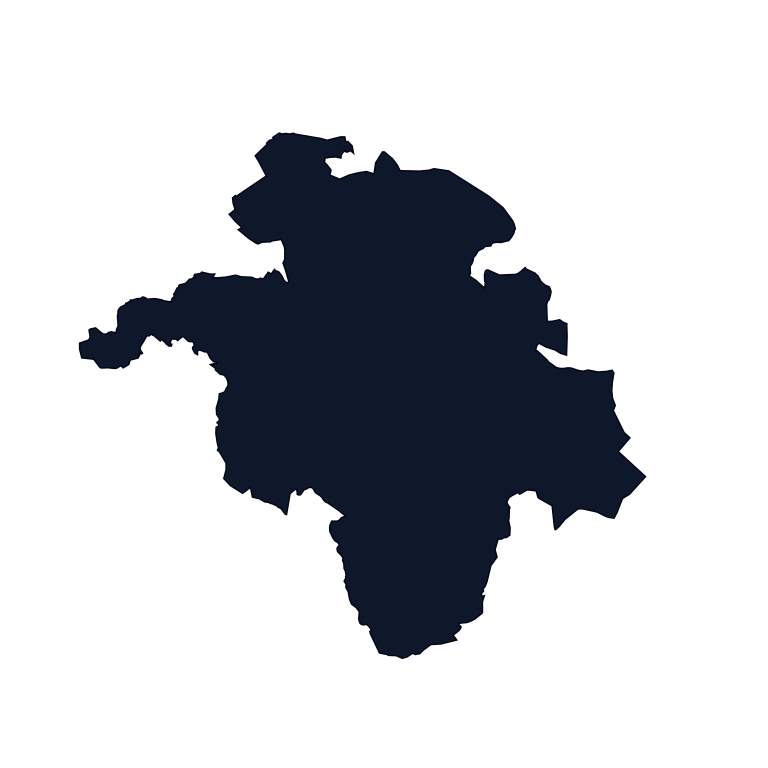 Beclean, Bistrita-Nasaud, Romania (Robinson projection), rotated 39°
{"feature_id": "2599482B65720135883018", "entity_name": "Beclean", "entity_type": "district", "adm_level": 2, "iso_a3": "ROU", "parent_name": "Romania", "parent_adm1": "Bistrita-Nasaud", "projection": "robinson", "projection_center": [24.16, 47.164], "detail": "fine", "context": "isolated", "style": "filled", "palette": "ink", "viewbox_px": 768, "rotation_deg": 39, "n_neighbors": 0, "source": "geoboundaries", "source_scale": "gbopen_adm2", "svg_char_len": 6170}
<svg xmlns="http://www.w3.org/2000/svg" viewBox="0 0 768 768"><g transform="rotate(39 384 384)"><path d="M549.8,595.9L556.5,592.3L558.2,592.1L564.3,587.5L570.9,585.6L573.7,581.5L575.7,575.1L578.4,574.6L581.5,571.1L582.0,566.1L584.3,557.1L591.8,550.2L601.6,537.2L595.7,535.7L597.3,529.0L597.4,526.3L597.0,524.8L596.4,524.1L594.0,523.9L592.5,523.1L598.6,517.1L600.7,513.5L602.5,509.5L604.4,500.7L604.1,499.3L597.6,491.4L595.2,485.4L594.1,487.2L591.7,486.1L591.6,482.2L589.9,481.0L590.0,477.8L588.5,473.0L581.3,457.8L580.8,447.4L574.5,442.8L570.3,432.7L573.0,430.5L573.7,428.2L575.8,426.0L576.9,422.3L572.4,416.3L566.9,411.9L564.9,408.6L560.5,402.9L559.6,400.8L555.5,399.6L553.8,398.4L553.1,396.0L552.8,393.2L553.6,390.5L556.2,384.3L557.3,384.0L558.8,384.3L561.7,376.6L563.7,374.9L569.5,371.3L575.2,375.3L576.0,375.4L591.3,372.8L606.1,387.6L608.5,389.5L609.0,389.0L609.8,384.8L609.8,375.3L613.0,360.5L613.8,358.5L616.9,356.0L630.1,349.4L639.7,347.3L642.6,346.2L647.2,343.5L645.9,337.1L641.4,322.9L644.2,315.0L645.5,291.4L608.5,289.1L609.0,271.1L601.3,270.7L578.9,260.4L577.2,255.1L570.6,251.3L565.2,245.9L560.4,239.0L555.6,230.7L552.6,229.8L549.1,234.1L542.9,239.9L533.7,244.8L531.0,248.5L527.2,250.9L519.2,253.9L516.6,255.9L513.3,259.4L510.8,261.2L507.7,262.7L498.2,263.3L495.6,262.7L482.5,261.8L480.8,262.5L479.1,259.4L478.5,257.3L478.7,254.8L486.6,253.3L495.5,249.9L501.8,249.1L507.7,246.7L496.2,231.6L488.6,222.8L488.3,222.1L484.0,223.3L480.1,223.5L475.3,229.4L471.5,232.7L460.2,219.7L459.1,216.7L459.3,214.6L457.1,209.5L455.7,207.1L453.0,205.2L450.8,204.5L448.0,205.6L444.1,205.8L440.0,205.2L439.0,204.3L437.4,204.1L436.1,203.1L433.1,203.2L432.2,202.7L422.1,205.2L420.4,204.7L419.6,209.9L418.5,214.2L417.0,216.3L405.2,226.7L392.9,230.0L392.0,230.8L391.9,232.7L393.2,235.7L397.5,240.7L398.9,241.3L401.9,246.2L390.0,245.6L382.1,246.4L381.5,243.6L377.0,238.6L376.4,234.4L375.3,231.5L373.9,229.3L374.2,226.4L373.4,221.3L375.8,216.0L375.6,214.4L377.1,212.4L380.1,209.5L379.5,206.3L382.3,203.0L385.8,200.4L390.7,194.0L390.7,189.7L390.1,185.4L388.8,182.7L388.4,180.7L384.4,177.8L381.2,176.2L365.6,172.1L347.2,172.1L300.3,177.6L287.3,185.3L284.6,189.4L277.9,196.0L262.3,208.1L255.9,205.3L248.8,203.6L238.3,203.4L236.7,204.6L238.3,217.3L244.0,227.0L236.7,229.9L231.4,235.7L225.5,243.4L220.6,252.8L210.4,255.7L208.2,251.1L202.6,249.7L198.3,249.2L196.0,245.6L199.4,241.7L203.5,238.0L208.3,235.5L206.7,232.9L206.3,229.6L206.9,227.7L208.9,227.4L210.1,225.9L211.1,223.7L215.1,223.8L209.3,219.0L203.5,218.3L201.6,219.8L198.1,216.6L194.7,219.3L186.5,230.3L180.3,233.0L157.0,246.1L156.5,245.8L155.2,246.8L153.4,249.1L150.5,250.8L146.5,254.6L145.3,254.5L144.6,255.1L142.4,262.4L144.3,262.9L141.6,266.9L141.2,270.7L142.4,270.8L140.3,287.7L146.6,289.9L161.6,296.4L151.0,331.4L149.9,331.1L149.2,334.7L153.4,338.8L157.8,341.6L158.4,342.5L156.9,349.5L166.0,351.2L175.2,351.9L173.6,355.8L187.7,355.9L195.5,355.1L197.8,354.5L200.0,350.5L206.3,344.9L206.7,343.5L213.2,336.3L220.4,340.2L222.6,342.3L228.5,349.7L229.4,353.5L234.6,356.7L246.0,364.6L244.5,366.7L240.6,366.2L237.2,364.5L231.9,363.1L228.4,364.1L226.7,364.0L227.2,369.4L223.7,370.0L224.1,378.4L221.3,379.5L220.6,381.1L219.4,382.3L217.4,383.4L214.3,384.1L205.5,390.6L200.3,392.7L193.8,400.5L187.7,406.4L183.9,409.1L183.3,405.1L179.9,407.9L171.9,411.8L171.8,413.7L169.5,416.1L169.4,417.0L167.9,417.7L168.2,419.5L169.3,419.5L170.0,420.2L168.9,421.1L168.7,423.0L166.8,425.2L166.7,429.3L166.2,431.1L162.7,435.7L162.7,436.9L163.5,437.8L163.6,438.8L162.8,439.4L164.0,444.7L164.1,446.7L166.0,447.7L165.5,450.8L166.8,454.3L160.1,458.1L158.6,458.3L152.4,461.7L146.6,467.1L144.0,467.2L141.7,468.2L141.0,470.8L138.3,473.1L135.9,476.7L135.7,477.4L134.3,478.0L134.4,479.8L133.5,482.6L132.6,483.4L133.0,485.7L131.0,489.8L130.8,491.9L131.2,494.4L133.4,497.3L133.7,498.5L141.0,506.4L141.8,510.1L142.6,510.2L142.9,511.2L142.9,512.9L140.0,514.9L139.0,515.1L138.2,516.8L137.6,517.0L137.1,519.5L135.5,521.2L133.0,522.1L124.6,521.9L121.3,525.9L120.8,527.7L126.0,532.3L126.9,535.6L121.7,543.8L125.6,548.5L132.7,553.9L142.3,547.7L143.6,547.6L152.4,549.8L154.1,549.6L159.6,544.8L164.2,541.9L166.2,540.1L168.0,535.3L171.1,535.6L173.4,529.4L171.6,525.2L176.5,518.6L175.8,515.1L174.9,513.7L176.6,513.2L176.9,512.0L173.2,510.9L171.4,509.3L169.4,495.5L171.1,494.6L171.9,491.2L173.1,491.7L173.4,491.7L173.6,490.8L174.3,490.7L175.0,491.2L183.1,491.4L183.1,489.3L188.0,489.5L189.6,490.0L193.1,489.8L194.8,488.4L194.1,486.6L192.2,487.3L190.6,482.7L194.5,479.8L196.2,480.2L197.7,473.4L204.4,473.9L205.9,473.6L209.1,471.3L213.0,473.6L212.2,474.2L212.2,475.1L212.4,476.3L213.3,477.2L217.3,479.0L220.5,478.7L220.5,478.2L219.4,477.3L217.9,474.6L220.8,473.0L224.0,472.1L226.6,470.4L232.7,473.3L236.7,473.8L240.7,472.6L240.3,473.4L241.2,473.3L241.3,473.8L240.0,474.1L239.1,474.9L239.8,474.9L240.1,475.6L239.3,476.3L238.0,476.6L236.9,478.2L243.3,477.9L244.1,479.1L250.7,479.5L253.4,477.9L254.4,477.9L257.6,478.4L261.4,480.6L263.7,483.2L264.4,487.8L265.1,489.5L264.6,491.8L262.2,495.3L265.1,499.5L268.9,508.3L273.0,512.9L278.2,514.7L278.9,516.1L278.6,519.2L280.5,519.1L281.9,520.9L280.8,523.3L284.5,528.3L291.6,534.8L297.0,539.0L295.9,539.5L296.6,540.5L298.0,540.0L311.0,544.8L315.2,549.9L319.0,558.3L328.4,559.6L343.0,557.9L345.3,548.3L352.9,554.7L359.6,551.5L365.3,550.7L369.3,548.4L370.8,548.4L372.0,547.5L377.6,546.1L378.6,546.4L382.3,545.6L389.1,547.3L390.4,546.8L380.0,528.3L381.5,520.8L383.7,521.8L386.1,524.4L387.4,524.0L388.9,522.7L388.4,516.6L390.3,513.5L390.6,511.8L392.6,510.1L394.3,509.8L399.2,511.6L404.9,511.0L407.1,511.2L410.0,512.2L412.6,512.5L415.3,511.8L427.9,510.8L437.4,510.8L435.1,514.5L434.9,517.9L434.1,519.9L429.7,523.5L430.8,527.5L432.3,530.0L434.6,532.6L440.8,535.7L444.7,536.7L447.8,536.3L450.4,537.1L451.0,537.9L450.6,539.7L451.0,541.5L453.4,543.5L458.9,544.1L461.7,545.1L462.5,546.8L466.2,549.2L469.1,552.5L471.7,553.7L474.9,556.4L475.3,557.7L476.5,559.1L477.2,562.4L480.7,563.5L482.3,566.0L487.0,568.0L492.4,572.7L497.3,575.5L503.4,575.3L508.1,576.5L512.5,582.8L515.8,585.0L517.6,585.1L518.9,584.6L520.4,583.4L521.2,582.0L523.7,581.7L529.0,583.0L528.8,585.3L530.6,586.7L549.8,595.9Z" fill="#0f172a" stroke="#020617" stroke-width="1.5"/></g></svg>